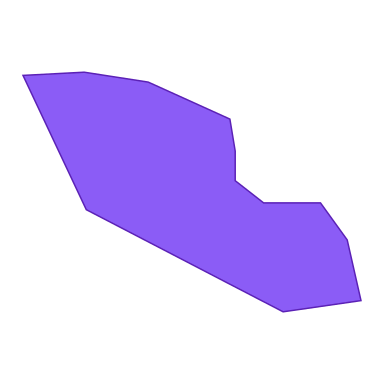 Chiesanuova, orthographic projection
{"feature_id": "SMR-4891", "entity_name": "Chiesanuova", "entity_type": "state/province", "adm_level": 1, "iso_a3": "SMR", "parent_name": "San Marino", "parent_adm1": "", "projection": "orthographic", "projection_center": [12.421, 43.905], "detail": "fine", "context": "isolated", "style": "filled", "palette": "violet", "viewbox_px": 384, "rotation_deg": 0, "n_neighbors": 0, "source": "natural_earth", "source_scale": "10m", "svg_char_len": 294}
<svg xmlns="http://www.w3.org/2000/svg" viewBox="0 0 384 384"><path d="M361.0,300.6L283.1,311.8L228.1,283.3L86.3,209.7L23.0,75.4L84.2,72.2L148.2,82.1L229.9,119.1L235.2,151.1L235.2,180.7L263.6,202.9L320.5,202.9L347.2,239.9L361.0,300.6Z" fill="#8b5cf6" stroke="#5b21b6" stroke-width="1.5"/></svg>